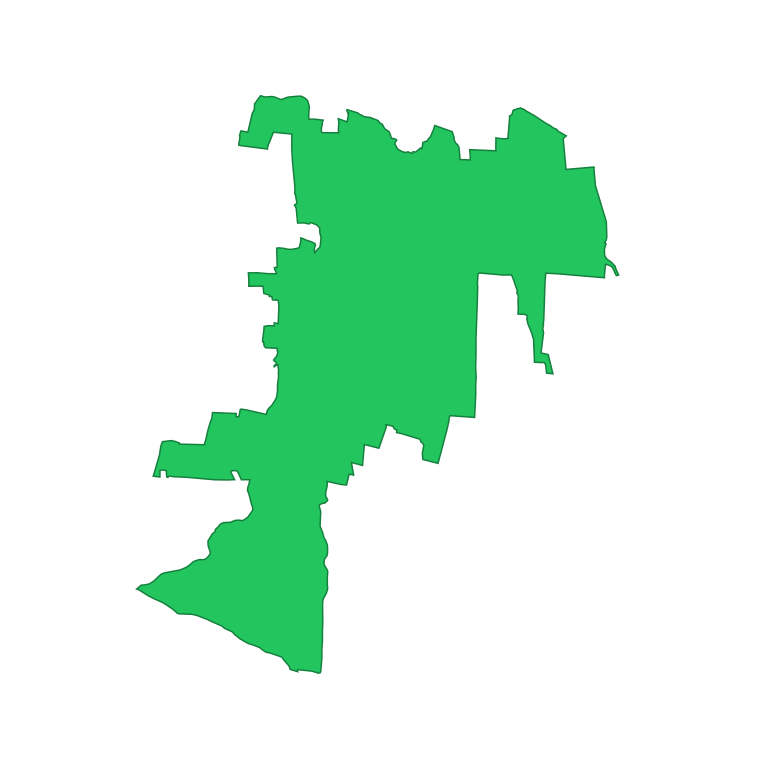 Lungani, Iasi, Romania, rotated 13°
{"feature_id": "2599482B77898922743518", "entity_name": "Lungani", "entity_type": "district", "adm_level": 2, "iso_a3": "ROU", "parent_name": "Romania", "parent_adm1": "Iasi", "projection": "natural_earth1", "projection_center": [27.139, 47.151], "detail": "fine", "context": "isolated", "style": "filled", "palette": "green", "viewbox_px": 768, "rotation_deg": 13, "n_neighbors": 0, "source": "geoboundaries", "source_scale": "gbopen_adm2", "svg_char_len": 6150}
<svg xmlns="http://www.w3.org/2000/svg" viewBox="0 0 768 768"><g transform="rotate(13 384 384)"><path d="M505.8,101.2L497.0,98.6L495.1,97.1L491.4,96.4L487.4,94.7L483.0,93.5L468.3,88.0L466.2,87.7L465.1,87.1L461.2,86.1L459.5,85.2L454.6,84.3L454.1,85.2L452.1,85.5L450.6,87.0L449.3,87.3L448.2,88.5L448.1,92.3L447.3,93.6L445.9,94.8L446.4,95.6L449.2,115.1L449.9,116.6L446.5,117.9L442.9,118.6L437.7,119.0L440.5,131.6L414.8,136.4L416.7,142.3L417.6,146.3L407.7,148.2L403.8,136.5L402.2,134.6L399.5,132.9L397.4,130.4L397.0,128.3L393.7,122.8L375.3,120.7L375.0,125.2L373.6,132.7L372.0,135.4L371.6,137.2L367.6,139.9L368.1,146.1L366.5,145.8L362.9,150.7L359.7,151.4L359.7,152.2L359.3,153.0L355.2,152.4L352.6,153.7L349.1,153.4L344.6,152.1L342.5,149.9L340.3,147.0L341.5,143.5L340.6,143.0L338.6,142.6L337.2,143.0L336.1,142.6L334.9,141.4L334.3,139.8L332.1,136.9L327.8,135.4L326.4,134.2L324.1,131.5L322.7,130.9L321.1,130.6L319.4,128.8L317.6,128.4L310.2,127.4L304.5,128.1L302.3,127.2L300.3,127.0L297.0,125.7L286.2,125.0L286.1,125.4L287.0,127.1L287.9,127.6L287.9,128.5L288.7,128.4L289.1,136.9L279.8,135.8L281.1,139.2L282.4,146.9L283.4,149.4L266.8,153.1L265.8,150.6L265.3,147.1L265.5,145.9L265.0,142.3L265.4,140.6L256.4,141.6L251.2,142.9L250.2,139.0L248.8,130.5L246.2,125.6L244.2,124.0L242.1,123.0L238.4,122.2L234.8,123.1L225.8,126.1L219.7,130.1L213.0,129.0L210.0,129.1L203.8,131.1L198.8,130.9L194.9,140.2L195.8,145.1L195.5,147.6L194.8,149.3L194.7,169.3L187.7,169.5L187.3,173.9L187.4,174.5L188.0,175.3L188.5,180.9L188.4,182.6L189.0,184.1L217.6,181.3L217.3,180.6L217.6,175.6L217.9,174.8L219.6,163.6L237.9,161.2L241.2,175.3L244.8,187.9L252.8,212.0L254.4,219.0L255.1,219.5L258.1,226.5L258.4,227.7L257.7,228.7L256.8,229.2L256.7,230.2L257.9,231.2L258.9,232.5L263.6,246.6L270.0,245.0L274.5,245.0L275.0,244.9L276.1,243.5L277.2,243.2L282.9,244.2L286.5,246.8L287.0,249.9L287.9,252.0L289.7,255.4L290.8,264.2L290.5,265.6L289.4,267.0L286.9,271.7L285.8,268.4L285.7,266.2L286.0,264.0L285.1,262.7L280.3,261.6L277.5,261.5L274.1,261.0L272.9,260.6L270.1,260.4L270.8,264.3L270.8,270.1L269.2,271.2L263.4,273.7L260.0,274.3L255.1,274.4L250.5,275.1L248.9,275.8L253.7,294.4L251.0,295.2L251.9,297.2L253.3,298.8L254.5,300.7L246.7,302.5L235.6,304.1L226.8,306.2L228.6,311.9L230.3,319.2L239.4,316.9L244.2,316.0L246.5,322.8L252.6,323.2L252.6,324.4L255.0,324.1L256.4,327.1L262.1,326.2L264.0,331.5L267.3,348.9L263.3,349.1L263.9,352.0L258.5,353.1L254.2,354.8L254.9,358.9L255.7,367.6L256.2,370.0L256.5,370.4L257.2,370.2L258.7,373.9L260.5,375.3L271.9,373.2L272.2,375.0L273.4,376.9L273.3,380.0L272.9,381.5L271.0,385.3L271.8,386.3L273.8,387.0L274.2,387.4L274.5,388.7L272.9,390.9L272.9,392.5L273.7,391.0L276.2,389.1L278.0,393.7L278.9,398.3L279.6,400.3L280.4,408.6L281.7,414.4L282.3,420.4L282.0,422.8L279.9,428.9L278.7,431.5L277.4,433.1L276.7,434.9L276.1,436.7L276.2,440.1L255.4,440.2L250.4,440.6L249.7,441.1L249.9,445.0L249.7,448.7L247.0,449.0L246.7,446.0L223.4,450.4L224.0,456.3L223.3,460.3L222.8,469.5L222.9,478.7L222.5,482.5L223.0,483.5L198.1,488.6L198.0,487.5L193.1,486.9L189.4,487.0L181.2,490.0L180.5,494.7L181.2,503.4L179.9,525.8L186.6,525.0L185.1,518.4L188.2,517.5L191.3,517.4L193.2,523.4L194.3,523.6L194.6,523.4L194.3,522.4L195.0,522.1L200.3,521.6L212.6,519.3L240.0,515.5L252.7,512.8L260.0,510.8L254.8,504.6L254.6,503.2L257.4,502.1L260.6,501.7L266.6,509.4L274.8,507.4L274.9,512.3L274.6,514.7L274.8,518.1L277.5,522.3L282.0,531.1L283.6,533.4L284.4,535.9L284.3,536.9L281.2,544.5L277.5,548.5L276.4,549.0L272.6,549.4L269.4,550.5L265.5,553.3L258.9,555.1L257.0,556.5L255.6,558.1L254.3,561.0L252.4,563.7L252.5,565.9L250.2,569.1L247.8,576.7L249.1,581.3L252.1,586.2L252.7,587.6L252.8,588.8L251.1,592.5L250.0,594.1L248.0,595.7L243.4,596.7L239.5,599.0L237.8,600.5L235.9,603.3L232.7,607.0L227.3,611.0L212.2,617.6L209.4,619.7L204.1,627.7L200.5,631.4L196.3,633.5L192.7,634.6L189.1,639.4L191.1,639.6L202.4,643.5L208.5,645.0L216.7,646.6L220.4,647.7L228.3,650.7L234.6,654.0L236.1,654.0L248.9,651.6L253.8,651.6L264.6,653.1L270.0,654.4L280.6,656.3L283.4,657.9L291.4,659.5L292.5,660.0L294.8,661.7L301.1,664.7L305.8,666.2L310.9,667.5L315.6,667.8L322.1,668.8L326.6,670.9L329.2,671.8L334.1,671.8L345.9,673.1L348.5,675.5L354.9,680.1L356.8,683.2L364.6,683.7L363.9,682.1L366.0,681.5L378.5,680.0L385.5,680.5L386.4,679.5L386.9,679.5L387.0,677.8L385.3,666.1L383.0,655.6L381.9,648.6L379.5,638.0L378.1,630.6L373.5,611.5L373.1,607.7L373.5,605.7L374.9,600.9L375.2,596.1L374.1,592.9L372.3,585.3L371.4,579.4L370.1,577.4L367.4,574.7L366.0,572.9L365.5,569.2L365.5,568.0L367.1,563.9L366.9,560.9L365.9,556.4L364.9,553.3L362.0,549.1L360.1,547.3L357.4,542.2L353.7,536.9L351.2,523.4L350.8,522.1L348.7,518.3L348.4,517.2L348.6,515.9L350.9,514.2L353.1,513.3L355.2,510.4L355.0,509.2L352.7,506.9L351.8,504.3L351.5,501.4L351.6,497.5L351.4,495.0L350.4,491.7L364.0,491.6L370.2,490.9L370.3,479.7L374.9,479.6L369.9,467.8L381.4,468.2L378.5,447.4L393.5,447.7L395.9,425.5L395.7,423.9L395.0,423.2L402.4,423.1L403.3,424.6L404.5,425.6L407.0,426.0L407.2,428.6L409.2,428.3L431.4,429.7L432.6,431.6L433.4,432.4L434.9,433.1L436.5,434.5L437.0,443.1L438.8,448.8L454.5,449.2L455.6,415.7L455.6,405.8L455.1,402.3L455.5,400.0L479.8,396.2L475.7,373.3L473.7,365.0L472.3,356.8L469.3,346.0L467.2,335.5L463.3,318.5L456.0,280.7L453.3,267.6L452.5,265.5L450.9,256.1L451.0,255.1L451.8,254.5L453.9,254.1L474.5,251.2L483.7,249.1L485.4,251.2L492.9,263.1L492.9,265.4L494.5,266.9L495.5,269.8L495.7,272.3L498.0,280.7L498.8,285.7L505.4,284.5L507.5,284.9L508.6,285.5L508.4,287.0L508.5,288.3L510.5,292.7L516.4,301.1L518.4,304.8L519.5,306.2L525.7,328.9L532.5,327.8L534.6,327.1L535.4,327.2L536.3,327.9L537.4,329.4L539.9,336.8L546.3,336.1L537.4,318.4L530.0,318.4L527.9,297.9L526.2,294.3L526.2,291.5L525.5,288.1L525.3,285.9L517.9,248.0L516.7,239.6L528.7,237.5L574.9,230.9L574.3,228.3L572.9,217.6L574.0,217.5L576.7,217.7L579.3,218.4L580.4,219.2L582.6,221.6L583.8,223.6L586.1,226.1L588.1,225.0L583.5,219.0L583.0,217.5L578.5,214.4L573.0,212.1L570.8,210.1L569.8,208.3L568.4,202.9L568.8,197.7L568.0,196.8L567.1,196.8L568.2,193.7L568.0,190.5L564.1,175.8L545.4,143.2L539.6,125.4L513.1,134.0L503.8,105.8L503.6,104.7L503.8,104.0L505.8,101.2Z" fill="#22c55e" stroke="#15803d" stroke-width="1.5"/></g></svg>